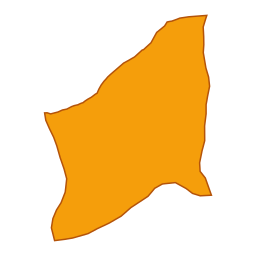 Aniocha North, Delta, Nigeria (Natural Earth projection)
{"feature_id": "59680162B16701148271715", "entity_name": "Aniocha North", "entity_type": "district", "adm_level": 2, "iso_a3": "NGA", "parent_name": "Nigeria", "parent_adm1": "Delta", "projection": "natural_earth1", "projection_center": [6.478, 6.367], "detail": "fine", "context": "isolated", "style": "filled", "palette": "amber", "viewbox_px": 256, "rotation_deg": 0, "n_neighbors": 0, "source": "geoboundaries", "source_scale": "gbopen_adm2", "svg_char_len": 1391}
<svg xmlns="http://www.w3.org/2000/svg" viewBox="0 0 256 256"><path d="M44.6,112.9L45.8,120.3L49.4,128.5L53.7,137.3L56.8,145.8L60.3,158.1L60.5,158.6L64.1,169.0L66.7,178.8L65.7,188.1L65.2,192.2L61.1,202.7L56.5,210.0L52.9,218.6L51.4,227.8L54.6,240.6L64.9,239.3L72.7,238.0L88.1,233.6L97.4,228.6L102.3,226.3L104.1,225.5L109.3,223.0L114.8,219.8L121.2,216.1L131.0,207.5L136.5,203.9L137.7,203.1L148.0,196.3L151.4,192.3L154.7,188.3L160.0,185.3L162.4,184.0L164.7,183.7L175.4,182.6L186.1,188.5L192.5,193.4L200.2,195.8L211.4,195.2L205.3,178.0L200.1,171.4L199.6,162.8L201.4,154.0L202.1,150.5L202.9,147.6L204.7,140.7L204.6,126.1L204.7,125.0L206.1,113.8L206.1,108.8L206.1,104.6L206.8,100.8L207.6,96.1L209.6,86.3L208.6,77.1L205.9,68.0L203.3,52.7L203.3,52.3L203.8,44.7L203.7,36.8L203.2,27.0L205.0,21.0L205.8,18.4L206.8,15.4L199.0,16.0L188.7,16.8L179.9,18.1L178.1,18.8L176.9,19.3L176.6,19.4L176.3,19.5L171.9,21.1L169.3,21.5L167.1,22.0L164.6,26.0L157.1,32.1L156.7,32.4L151.0,42.8L146.4,47.0L143.6,49.6L142.1,50.1L134.5,57.0L132.0,58.4L129.1,60.1L123.6,63.1L120.5,65.8L110.5,74.4L107.8,76.9L106.3,78.7L105.2,80.0L104.9,80.2L103.8,81.5L101.2,85.0L98.9,89.1L97.1,93.2L95.3,94.2L91.4,97.2L87.8,99.2L84.8,101.2L83.0,102.7L81.3,103.2L80.6,103.5L78.8,104.3L78.2,104.7L74.3,105.6L71.6,106.6L66.8,109.1L62.4,110.0L58.0,112.0L50.6,113.9L47.2,112.8L44.6,112.9Z" fill="#f59e0b" stroke="#b45309" stroke-width="1.5"/></svg>